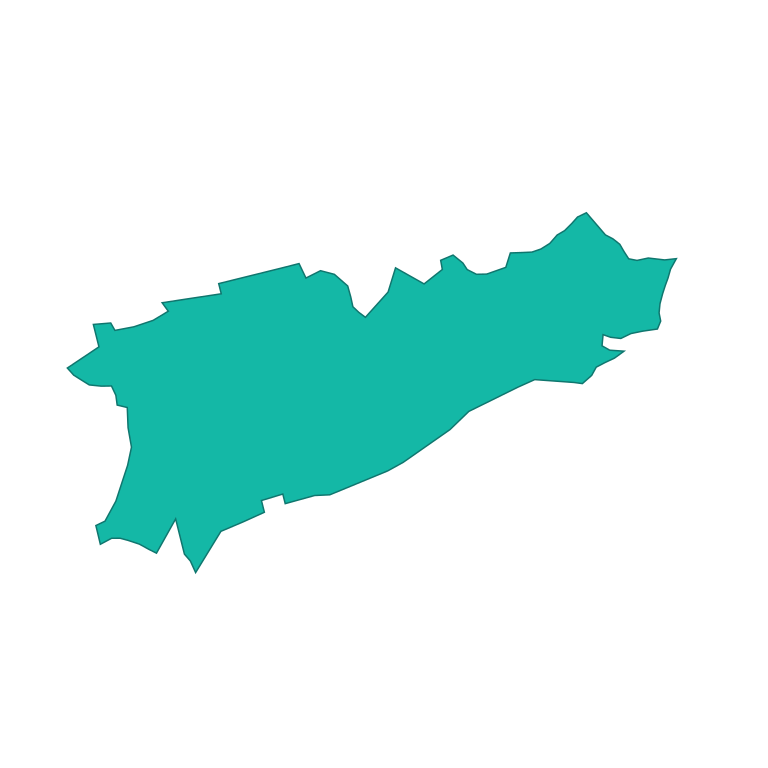 Barra do Rio Azul, Rio Grande do Sul, Brazil (Albers equal-area conic projection), rotated 76°
{"feature_id": "56859067B71186503980939", "entity_name": "Barra do Rio Azul", "entity_type": "district", "adm_level": 2, "iso_a3": "BRA", "parent_name": "Brazil", "parent_adm1": "Rio Grande do Sul", "projection": "albers", "projection_center": [-52.41, -27.39], "detail": "fine", "context": "isolated", "style": "filled", "palette": "teal", "viewbox_px": 768, "rotation_deg": 76, "n_neighbors": 0, "source": "geoboundaries", "source_scale": "gbopen_adm2", "svg_char_len": 1528}
<svg xmlns="http://www.w3.org/2000/svg" viewBox="0 0 768 768"><g transform="rotate(76 384 384)"><path d="M333.1,70.0L331.5,81.7L325.7,97.1L325.3,108.6L321.7,116.3L313.5,119.1L305.5,121.4L298.6,126.7L292.9,133.1L266.8,146.2L268.8,155.8L273.7,163.0L278.9,171.7L281.3,179.9L287.7,189.1L291.0,199.2L291.8,208.6L289.8,218.5L287.4,229.7L300.3,237.6L302.2,257.8L299.9,267.8L293.1,275.6L285.7,278.2L275.6,285.8L277.7,299.1L287.0,299.7L296.6,320.9L274.1,344.7L295.8,357.8L314.8,385.9L308.4,391.1L301.5,395.5L291.5,395.2L280.1,395.5L265.6,405.6L258.7,418.2L262.3,434.1L246.6,437.3L246.7,456.5L246.6,520.1L257.1,520.1L253.8,554.8L251.5,579.6L261.2,575.7L266.4,592.6L268.0,612.9L266.9,632.1L258.7,634.4L255.9,651.6L279.0,651.6L291.9,687.4L300.4,682.9L307.6,676.0L313.6,670.2L317.7,658.8L320.0,648.9L330.1,646.9L339.9,648.0L344.7,638.8L364.5,642.9L384.2,644.3L400.8,652.4L432.8,672.5L449.6,687.9L451.6,697.8L470.9,698.0L467.8,685.6L469.8,677.4L473.8,670.2L480.2,660.1L487.6,652.1L493.1,645.7L464.5,618.8L500.8,618.8L508.9,614.7L521.4,612.4L487.5,577.9L483.6,553.4L479.5,531.1L467.4,531.1L466.3,508.8L476.2,508.8L475.4,478.3L478.4,463.4L469.2,401.4L464.6,384.2L444.2,331.0L431.1,308.3L419.5,255.0L416.2,236.7L428.5,199.2L431.6,191.4L425.9,180.4L419.0,174.0L416.7,164.5L414.6,154.0L410.2,143.2L405.8,156.8L399.7,163.2L389.1,159.5L393.5,152.8L397.1,143.2L394.8,132.2L395.3,120.3L396.8,105.4L389.9,100.3L381.6,99.9L372.9,96.8L363.8,91.8L356.4,87.2L349.9,82.8L341.9,78.2L333.1,70.0Z" fill="#14b8a6" stroke="#0f766e" stroke-width="1.5"/></g></svg>